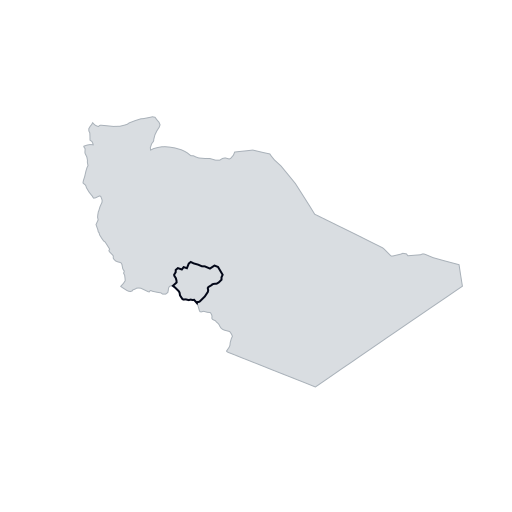 Chad, with Ouaddaï highlighted, rotated 112°
{"feature_id": "TCD-1475", "entity_name": "Ouaddaï", "entity_type": "Prefecture", "adm_level": 1, "iso_a3": "TCD", "parent_name": "Chad", "parent_adm1": "", "projection": "equal_earth", "projection_center": [21.069, 13.569], "detail": "coarse", "context": "in_parent", "style": "outline", "palette": "ink", "viewbox_px": 512, "rotation_deg": 112, "n_neighbors": 0, "source": "natural_earth", "source_scale": "10m", "svg_char_len": 4305}
<svg xmlns="http://www.w3.org/2000/svg" viewBox="0 0 512 512"><g transform="rotate(112 256 256)"><path d="M355.2,151.9L355.2,163.1L355.3,174.3L355.4,185.6L355.5,196.8L355.5,208.1L355.6,219.4L355.7,230.7L355.7,242.0L355.8,245.8L355.5,247.3L355.4,247.5L355.1,247.7L350.6,246.7L348.6,246.7L345.8,247.5L341.8,247.9L339.2,247.8L337.4,249.7L335.9,252.1L336.6,257.7L336.5,259.6L335.9,261.5L334.7,263.2L333.5,264.5L332.8,265.7L331.9,268.2L331.2,269.4L331.2,271.0L331.0,272.7L330.3,273.6L328.4,274.2L327.2,275.0L326.2,276.2L325.6,277.1L325.9,278.3L326.4,279.9L326.7,282.4L326.9,283.9L327.8,285.1L328.4,285.9L328.6,287.0L328.0,287.9L325.7,289.7L324.8,290.4L323.7,291.3L323.3,291.7L321.6,293.4L320.8,294.9L320.4,296.2L320.4,298.0L321.3,300.7L322.2,302.9L322.6,304.6L322.8,306.5L322.7,308.2L322.2,309.8L321.4,311.2L318.2,313.8L316.6,316.6L315.4,320.1L315.1,322.0L315.4,323.3L316.1,324.4L317.0,324.9L318.4,325.1L320.7,324.5L322.8,324.1L325.1,325.4L326.3,328.3L325.8,330.4L326.7,334.3L327.5,339.0L327.4,340.5L327.7,341.1L329.2,341.4L329.5,342.5L329.0,350.7L329.7,353.0L330.6,354.7L331.7,355.5L332.8,356.6L333.4,357.4L334.6,357.6L336.0,359.1L336.4,361.1L336.3,363.0L335.5,367.2L334.9,370.0L334.0,369.8L332.4,369.1L330.4,368.5L327.9,368.0L325.5,369.2L323.0,370.6L322.1,371.7L321.4,372.4L320.3,372.3L319.3,372.5L318.7,373.5L317.8,374.7L314.1,377.1L313.3,378.0L312.9,378.8L312.9,379.8L313.2,381.7L313.2,384.2L312.4,386.2L311.5,387.5L310.4,388.0L309.5,388.3L308.9,389.1L306.9,393.6L306.1,394.4L304.4,394.3L299.6,401.0L299.1,403.0L297.3,405.8L295.0,408.9L293.0,410.4L292.9,411.0L292.3,411.6L291.1,412.3L286.8,416.1L281.6,415.9L279.4,417.4L277.1,418.1L273.9,418.8L272.9,418.7L268.8,419.1L263.9,418.9L262.0,419.5L260.3,420.9L259.0,422.2L258.8,422.6L259.0,423.2L258.9,423.6L262.3,426.7L263.2,428.2L262.3,429.7L261.9,429.9L261.9,430.0L261.3,431.2L259.3,434.7L256.2,438.8L254.7,440.0L254.1,440.8L253.2,443.6L252.7,443.9L250.6,444.3L246.5,444.6L240.8,445.5L237.3,445.8L235.2,445.6L232.2,447.5L231.1,447.9L230.4,448.1L227.5,450.0L225.0,452.8L224.1,453.4L220.6,454.6L219.2,456.6L218.6,456.7L216.4,454.1L214.9,451.7L214.1,449.4L214.0,448.6L213.6,448.7L212.4,449.8L211.3,451.0L210.8,453.3L207.2,454.8L204.1,456.2L202.7,457.8L200.6,458.7L197.8,458.3L195.7,457.6L193.6,457.4L194.6,455.3L195.0,453.8L195.1,451.9L195.0,450.6L193.7,450.0L192.9,449.0L191.1,443.0L189.3,436.8L186.7,430.8L183.9,426.9L181.9,424.5L181.2,424.2L180.2,423.5L179.5,422.8L175.7,418.7L171.9,414.1L170.9,412.0L168.9,408.9L166.8,405.7L165.7,404.2L165.2,401.6L166.7,399.2L168.3,396.1L170.3,394.1L172.9,394.0L177.1,394.8L181.6,395.1L186.1,394.5L187.3,394.1L188.4,394.1L190.9,394.8L195.1,394.6L197.3,393.4L194.9,391.3L192.4,388.0L190.1,384.4L188.7,381.2L187.4,376.9L186.2,371.7L185.5,365.0L185.7,361.2L186.1,358.5L187.4,354.0L186.5,351.4L186.7,349.3L186.6,346.2L186.2,344.6L184.6,339.5L184.3,338.9L182.9,335.4L182.3,329.4L180.7,325.5L178.1,323.6L176.6,321.3L176.1,317.2L175.1,316.1L171.0,314.7L167.6,314.7L165.1,310.1L162.0,304.2L159.0,298.7L157.3,287.7L156.2,281.4L157.5,279.5L160.0,275.0L163.2,266.5L170.4,253.3L174.1,246.6L181.3,236.5L190.2,224.1L195.3,217.2L196.2,204.5L197.2,191.2L197.9,181.1L198.8,169.1L199.6,159.2L200.2,151.9L201.0,141.6L201.6,139.7L205.1,131.6L205.4,130.5L204.8,129.2L200.0,122.4L198.5,120.9L197.7,117.3L198.9,115.3L193.2,103.9L191.8,102.5L191.2,101.1L191.1,99.1L191.2,91.2L189.8,78.8L188.0,64.5L194.9,60.4L200.1,57.3L206.7,53.3L212.8,57.4L221.6,63.2L230.4,69.1L239.2,75.0L248.1,80.9L256.9,86.8L265.8,92.7L274.7,98.6L283.5,104.5L292.5,110.4L301.4,116.3L310.3,122.2L319.3,128.1L328.2,134.1L337.2,140.0L346.2,145.9L355.2,151.9Z" fill="#d9dde1" stroke="#a8b0b8" stroke-width="1"/><path d="M321.8,293.1L319.8,297.0L320.5,298.0L320.9,300.3L322.1,301.8L322.5,304.8L323.6,307.0L323.5,308.1L321.0,311.7L318.7,313.1L317.7,314.2L315.6,319.1L314.8,321.9L310.3,319.7L308.6,320.5L306.6,322.0L304.9,324.4L303.9,324.9L301.2,324.4L299.0,325.2L296.5,323.9L296.3,319.7L293.4,318.9L293.2,315.5L288.2,315.5L286.0,314.3L286.2,311.0L285.7,306.4L285.8,302.3L284.8,299.6L284.9,294.0L280.4,290.9L280.4,287.1L285.9,279.9L288.7,280.0L290.9,279.1L294.4,280.6L296.4,282.1L297.5,284.4L298.6,285.9L299.4,286.1L302.6,288.5L303.8,288.7L305.7,287.5L307.4,287.2L312.7,288.3L319.2,291.1L320.0,291.8L320.7,293.2L321.8,293.1Z" fill="none" stroke="#020617" stroke-width="2"/></g></svg>